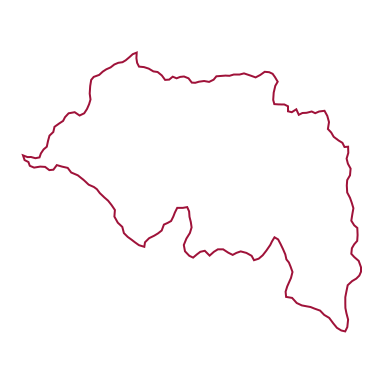 Ingaí, Minas Gerais, Brazil
{"feature_id": "56859067B52529568172767", "entity_name": "Ingaí", "entity_type": "district", "adm_level": 2, "iso_a3": "BRA", "parent_name": "Brazil", "parent_adm1": "Minas Gerais", "projection": "natural_earth1", "projection_center": [-44.929, -21.424], "detail": "fine", "context": "isolated", "style": "outline", "palette": "rose", "viewbox_px": 384, "rotation_deg": 0, "n_neighbors": 0, "source": "geoboundaries", "source_scale": "gbopen_adm2", "svg_char_len": 2846}
<svg xmlns="http://www.w3.org/2000/svg" viewBox="0 0 384 384"><path d="M53.4,169.7L56.8,165.1L62.0,166.6L67.7,167.9L71.2,172.5L77.8,175.3L83.8,180.1L88.7,184.7L93.9,187.0L96.9,189.2L99.8,193.1L104.3,197.4L108.1,200.7L111.5,205.0L114.9,210.0L114.4,216.6L117.8,222.7L122.3,226.9L123.9,233.1L127.7,236.9L131.7,239.8L134.8,242.2L139.0,245.2L144.3,246.8L145.0,242.3L149.1,238.2L154.2,235.7L158.0,233.4L161.7,230.5L163.9,224.6L167.7,222.9L171.1,221.0L173.3,216.6L174.9,212.5L177.2,207.9L182.7,207.9L187.2,207.1L189.1,211.4L189.5,216.8L190.8,222.0L191.6,227.4L189.9,233.0L186.4,238.6L183.8,245.0L185.0,251.3L189.3,255.8L193.1,257.6L196.9,254.4L200.3,251.8L204.8,250.8L209.6,255.6L213.9,251.8L217.9,249.3L223.1,249.3L228.3,252.7L232.7,254.9L236.4,252.9L240.7,251.4L246.4,252.9L251.6,255.8L254.0,260.2L258.7,258.7L262.7,255.3L266.3,250.7L270.3,244.9L272.0,241.4L274.5,237.3L278.1,239.4L280.5,243.9L283.0,249.1L285.3,254.4L286.4,259.4L288.9,262.5L290.6,266.7L292.5,272.0L291.0,277.9L289.1,282.2L287.2,286.5L285.6,291.7L286.1,296.9L292.1,297.9L296.7,303.0L301.8,305.4L307.1,306.4L310.5,307.0L314.5,308.6L320.1,310.6L324.2,314.9L329.2,317.9L333.3,323.4L336.9,327.8L341.3,330.5L345.2,331.4L347.3,327.1L348.1,319.6L346.4,313.1L345.4,308.0L345.3,303.4L345.3,297.2L346.5,291.0L347.7,285.2L352.1,281.1L356.3,278.6L359.3,275.6L361.0,271.7L361.0,267.3L358.7,260.9L354.2,257.0L351.3,253.8L351.9,248.2L354.2,244.3L357.2,240.9L357.6,235.1L357.3,227.9L354.2,225.3L351.3,220.7L352.3,214.4L353.4,208.2L351.7,202.6L350.0,197.8L347.2,192.5L346.8,185.5L347.2,180.1L350.0,175.3L350.6,168.6L347.9,163.7L346.6,158.6L348.3,152.9L348.1,146.7L344.5,147.0L342.4,142.8L338.6,140.5L333.7,136.8L331.2,132.5L327.9,129.0L329.0,122.1L327.3,115.9L324.5,110.8L319.1,111.5L315.2,113.2L311.7,111.5L306.6,112.8L302.4,113.0L298.8,114.8L296.3,109.3L291.8,112.2L288.0,111.3L288.0,106.3L284.4,104.5L278.7,104.4L274.3,104.1L273.2,99.9L273.7,92.6L275.3,85.8L277.7,81.7L274.9,77.0L272.6,73.8L269.2,72.2L264.7,71.8L260.2,75.0L255.6,77.4L250.6,75.6L244.0,73.4L239.7,74.5L233.9,74.5L229.5,75.8L225.5,75.6L221.5,75.9L216.4,76.3L213.6,79.7L209.1,81.9L204.1,81.0L199.0,81.7L195.2,82.8L191.8,82.6L188.5,78.3L184.0,76.5L180.2,76.9L176.6,78.3L172.7,76.7L169.2,79.6L165.1,79.9L161.8,75.4L157.6,72.0L153.4,71.4L148.7,68.6L144.0,67.1L139.0,66.6L137.1,62.8L136.4,58.2L136.7,52.6L132.7,54.2L129.5,57.1L125.7,60.3L122.5,62.2L118.3,62.8L114.3,64.5L110.6,67.4L106.3,69.3L102.8,71.6L99.2,74.9L93.7,76.9L91.2,79.9L90.2,86.0L89.7,93.6L90.5,99.5L89.1,104.2L87.0,109.0L84.2,113.3L79.6,115.5L74.7,112.2L68.6,113.3L65.0,117.2L63.1,120.9L59.3,123.4L54.5,126.8L53.3,132.0L49.5,135.6L48.0,141.0L46.8,146.7L43.6,149.4L40.9,153.4L39.5,157.4L35.4,158.2L31.0,157.0L27.5,157.1L23.0,155.4L24.6,160.1L28.4,162.0L29.8,165.8L34.1,167.6L40.2,166.6L45.1,166.9L49.3,170.1L53.4,169.7Z" fill="none" stroke="#9f1239" stroke-width="2"/></svg>